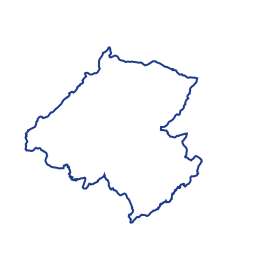 the district of Ankazoabo, Atsimo-Andrefana, Madagascar, rotated 32°
{"feature_id": "10022922B67140219559440", "entity_name": "Ankazoabo", "entity_type": "district", "adm_level": 2, "iso_a3": "MDG", "parent_name": "Madagascar", "parent_adm1": "Atsimo-Andrefana", "projection": "equal_earth", "projection_center": [44.688, -22.132], "detail": "fine", "context": "isolated", "style": "outline", "palette": "blue", "viewbox_px": 256, "rotation_deg": 32, "n_neighbors": 0, "source": "geoboundaries", "source_scale": "gbopen_adm2", "svg_char_len": 5889}
<svg xmlns="http://www.w3.org/2000/svg" viewBox="0 0 256 256"><g transform="rotate(32 128 128)"><path d="M206.1,115.7L202.7,115.5L200.9,115.6L200.3,115.9L199.9,116.8L199.6,119.5L198.8,121.2L198.8,121.9L195.9,122.2L194.3,121.8L193.1,121.9L192.4,122.4L191.9,122.4L191.6,121.7L191.7,120.2L191.5,119.3L190.6,117.9L190.1,116.2L188.6,114.4L187.5,113.8L184.6,113.2L182.7,112.2L181.3,110.8L181.2,110.1L181.7,108.6L181.6,107.5L182.0,105.4L181.7,103.8L181.1,102.7L181.2,102.0L180.9,101.5L179.2,102.9L175.5,107.1L174.8,108.3L173.7,108.6L173.0,110.8L172.4,111.4L169.3,112.3L168.6,112.9L164.4,111.6L164.3,110.8L161.9,109.8L160.4,110.7L158.5,111.2L157.2,112.3L156.8,112.1L155.5,109.6L157.0,108.7L158.5,107.4L158.9,106.2L159.3,105.7L159.7,103.7L159.4,102.5L159.4,101.3L161.3,97.8L161.7,95.9L161.8,94.2L161.6,92.5L161.9,91.3L162.4,90.3L163.8,90.1L164.2,89.8L164.5,89.2L164.4,88.4L163.3,85.5L164.4,83.3L164.6,81.7L164.6,81.2L163.6,79.5L164.1,77.4L163.3,76.7L162.8,74.6L162.7,72.9L163.4,70.9L162.3,70.5L161.5,69.6L161.4,68.3L161.6,67.5L161.6,67.1L162.2,66.1L161.4,65.3L161.1,63.4L160.2,62.6L159.8,61.1L160.2,59.0L161.1,56.8L161.1,55.6L161.6,54.2L161.6,52.2L160.7,50.6L160.4,49.2L158.3,49.8L155.6,51.3L153.9,52.0L153.2,53.0L152.4,53.4L150.8,53.8L149.5,53.5L148.0,53.5L146.7,54.4L145.3,53.9L144.2,54.9L143.1,55.4L139.7,54.6L138.2,53.7L135.1,55.2L134.9,54.3L134.2,54.7L132.2,55.3L128.7,55.6L127.1,56.4L121.3,56.3L117.1,57.1L115.8,56.9L113.9,58.1L112.7,60.3L112.6,61.3L111.7,62.4L111.3,63.6L109.1,65.9L106.4,65.7L105.6,65.4L103.9,65.8L102.5,67.0L101.9,67.1L96.2,69.6L94.5,71.0L92.8,71.6L90.9,73.4L88.9,73.3L85.8,74.5L84.0,74.5L82.4,73.4L80.7,73.0L79.4,73.1L78.4,73.7L76.2,77.0L75.4,77.6L74.8,77.5L73.7,76.3L73.7,75.8L74.2,74.8L73.8,73.2L72.3,72.1L70.9,70.2L69.9,69.5L69.4,69.5L69.0,70.1L69.2,72.5L69.0,73.7L68.0,76.3L66.9,77.6L67.4,78.2L67.7,80.3L67.5,84.9L68.1,87.0L69.8,89.4L70.6,91.2L72.6,92.6L72.7,96.9L72.3,97.9L71.5,98.8L70.5,99.3L69.3,101.4L68.0,102.5L67.2,102.8L64.9,102.6L63.4,103.2L62.6,104.2L62.8,104.8L65.2,106.5L64.3,109.3L64.4,110.1L64.2,111.4L64.3,111.8L64.9,111.8L65.3,112.9L65.8,113.2L65.8,113.6L65.7,114.3L64.3,116.3L64.2,116.7L64.6,117.2L64.6,117.8L63.7,118.8L63.8,119.6L63.4,120.3L63.5,120.8L64.0,121.4L63.7,124.8L63.0,126.9L61.3,126.9L59.7,129.7L60.5,130.0L60.8,130.4L60.9,132.9L60.4,133.3L60.4,133.6L60.1,133.9L60.2,134.5L59.7,135.0L58.5,138.4L58.6,143.5L57.9,145.7L57.5,148.0L57.0,149.1L56.5,150.7L56.1,153.4L55.3,155.2L54.2,155.9L54.1,159.8L53.8,160.9L52.7,162.2L51.6,163.8L51.0,164.2L50.8,164.6L50.5,164.7L49.9,164.2L49.4,164.1L47.8,164.6L47.0,165.7L46.7,168.4L47.5,169.8L47.1,170.5L47.2,170.9L47.0,171.5L48.1,173.3L48.5,176.4L45.7,180.9L45.2,182.1L45.1,183.0L44.6,183.0L44.7,183.6L44.9,183.7L44.4,187.0L45.7,187.5L45.4,188.3L45.9,189.1L46.5,189.2L46.4,189.6L46.1,190.0L46.3,190.6L49.8,192.8L49.8,195.8L50.6,196.8L50.9,196.8L51.3,197.9L51.7,198.3L52.3,200.2L53.7,200.8L53.9,200.3L55.7,199.9L56.7,199.1L58.3,198.7L59.2,197.8L59.6,197.1L60.3,193.6L62.4,193.3L63.4,192.1L64.3,191.8L65.4,192.1L66.2,192.7L66.8,192.7L68.3,192.1L68.8,192.5L71.3,192.4L72.5,192.7L73.4,193.9L74.1,194.2L74.7,197.8L75.1,199.0L75.8,200.0L78.7,201.7L80.9,201.4L82.6,201.6L85.6,200.9L88.5,199.5L90.9,198.8L94.6,196.3L93.7,194.2L93.7,193.5L94.1,193.1L94.9,192.8L95.0,191.8L95.4,191.4L95.8,191.4L96.6,191.6L97.6,193.1L98.0,192.9L98.3,192.4L98.8,192.4L99.6,194.0L100.7,194.2L101.8,195.6L102.4,195.9L102.7,196.5L102.2,197.5L102.3,198.4L103.0,198.4L103.8,198.9L104.4,200.2L105.3,200.5L105.9,199.3L107.0,199.2L106.9,200.7L107.2,201.4L107.6,201.5L108.2,201.4L108.5,201.1L109.5,201.1L110.0,200.4L109.8,199.8L110.5,199.3L110.6,199.9L111.7,200.2L112.0,199.7L112.3,198.0L113.0,197.9L114.0,196.9L114.7,195.7L116.3,194.6L117.5,193.1L118.0,193.1L118.6,193.4L119.5,195.3L121.0,202.2L121.7,202.6L122.6,202.7L124.5,201.6L124.9,199.5L124.7,195.7L125.2,195.5L126.3,195.7L127.1,194.7L127.9,194.3L128.4,193.1L128.8,192.8L129.3,191.6L130.3,190.4L130.7,189.2L130.3,188.8L130.3,188.3L130.7,187.4L131.1,185.5L131.8,184.9L132.7,182.7L133.0,181.0L132.8,180.1L133.8,180.9L134.5,182.1L135.6,182.3L136.7,183.3L138.1,182.8L138.7,183.1L139.3,183.7L139.9,184.0L140.9,184.9L142.4,187.2L145.5,189.1L146.2,189.1L146.6,187.6L147.1,187.1L148.9,188.3L149.5,187.8L151.5,187.6L154.2,188.8L156.3,189.2L157.1,189.1L158.2,188.2L158.6,186.9L159.6,185.5L160.5,185.2L161.7,185.5L164.2,187.6L166.1,188.0L167.2,188.5L172.8,192.4L173.1,193.1L173.8,193.3L174.1,194.2L175.5,194.7L176.0,195.1L176.4,196.2L176.5,198.0L176.1,199.4L176.2,200.1L175.4,200.4L174.9,200.9L175.1,201.8L175.6,202.7L175.9,202.6L177.5,203.6L179.0,204.0L179.8,206.5L180.1,206.8L180.5,206.8L181.8,205.7L181.8,203.9L182.7,199.1L183.3,198.2L184.2,198.1L184.6,197.6L185.4,194.4L186.5,194.1L187.2,193.5L189.3,192.6L190.5,192.7L190.9,192.4L191.7,191.0L191.9,190.2L192.1,188.1L193.3,185.0L193.3,184.6L194.6,183.6L195.4,181.6L196.6,180.9L196.4,179.7L195.9,179.4L196.4,178.8L196.6,177.9L196.3,177.0L196.5,175.5L195.8,175.7L195.7,175.3L196.1,174.8L196.8,174.8L197.1,174.2L197.3,173.7L197.0,173.4L197.8,171.8L198.1,171.8L198.3,171.5L198.5,170.9L198.6,169.8L199.3,170.5L199.8,170.2L200.0,170.3L200.1,169.9L200.7,170.0L202.0,169.1L202.3,168.4L202.2,167.5L202.4,167.3L202.3,166.6L202.5,166.2L202.2,165.2L202.7,164.7L202.0,164.0L200.3,160.1L200.6,159.9L201.0,160.4L201.5,159.9L201.4,158.6L201.1,158.2L201.6,156.0L201.0,156.2L200.7,155.9L201.5,154.7L201.7,152.9L201.5,151.6L202.2,151.2L202.9,151.4L203.2,151.8L203.6,151.6L203.7,151.2L203.6,150.3L202.8,149.6L202.9,148.0L203.1,147.7L204.0,147.0L204.7,145.8L205.2,145.8L205.8,147.1L206.9,146.8L207.3,147.3L207.6,147.2L207.8,145.0L209.1,143.2L209.2,140.5L209.0,139.6L207.3,137.1L207.2,136.4L207.6,135.1L208.6,134.7L210.3,133.2L211.4,131.8L211.6,129.5L210.8,129.5L210.3,128.2L209.3,127.7L208.6,124.3L208.1,123.6L208.0,122.7L208.3,120.0L208.1,118.5L208.3,117.8L208.1,116.9L207.3,116.2L206.4,116.1L206.1,115.7Z" fill="none" stroke="#1e3a8a" stroke-width="2"/></g></svg>